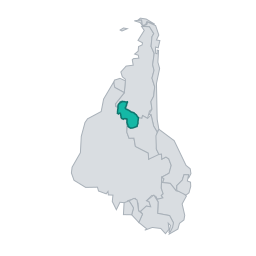 Paraguay highlighted on a map of South America, rotated 176°
{"feature_id": "PRY", "entity_name": "Paraguay", "entity_type": "country or territory", "adm_level": 0, "iso_a3": "PRY", "parent_name": "South America", "parent_adm1": "", "projection": "equal_earth", "projection_center": [-57.583, -23.42], "detail": "fine", "context": "in_parent", "style": "filled", "palette": "teal", "viewbox_px": 256, "rotation_deg": 176, "n_neighbors": 12, "source": "natural_earth", "source_scale": "50m", "svg_char_len": 6609}
<svg xmlns="http://www.w3.org/2000/svg" viewBox="0 0 256 256"><g transform="rotate(176 128 128)"><path d="M106.5,229.2L108.5,232.3L114.2,234.5L106.9,234.9L106.5,229.2ZM129.2,163.5L127.2,176.8L130.1,179.5L131.2,184.4L125.5,189.9L118.4,190.3L119.0,195.8L117.7,196.8L112.3,196.9L112.7,199.9L116.2,201.3L112.5,204.0L111.8,208.5L108.1,209.9L107.6,212.0L111.9,214.7L105.0,224.2L107.4,228.4L99.5,227.6L95.7,220.4L97.7,217.4L99.3,207.8L96.7,200.4L99.0,189.4L98.0,183.7L100.6,176.1L98.5,167.2L100.2,157.9L103.3,152.8L102.8,145.1L105.4,143.4L107.8,136.2L112.6,139.4L113.5,136.7L116.3,136.9L121.3,143.0L128.8,147.2L126.8,153.6L133.9,154.4L137.7,148.4L138.9,152.9L129.2,163.5Z" fill="#d9dde1" stroke="#a8b0b8" stroke-width="1"/><path d="M106.5,229.2L106.9,234.9L110.3,235.0L108.0,236.7L102.2,235.4L94.1,229.7L101.7,232.9L103.2,230.0L106.5,229.2ZM99.2,122.0L102.3,128.1L104.1,139.6L106.1,140.0L102.8,145.1L103.3,152.8L100.2,157.9L98.5,167.2L100.6,176.1L98.0,183.7L99.0,189.4L96.7,200.4L99.3,207.8L97.7,217.4L95.7,220.4L99.5,227.6L106.5,228.3L102.0,229.9L101.0,232.3L93.3,228.2L90.8,218.6L93.5,213.8L90.1,213.0L92.3,205.8L94.8,206.8L95.5,200.8L93.9,200.0L93.5,203.7L92.1,203.3L93.6,191.6L92.3,185.2L96.5,170.5L98.3,134.7L97.3,124.6L99.2,122.0Z" fill="#d9dde1" stroke="#a8b0b8" stroke-width="1"/><path d="M121.8,227.1L127.3,225.2L129.0,226.3L125.5,228.1L121.8,227.1Z" fill="#d9dde1" stroke="#a8b0b8" stroke-width="1"/><path d="M129.2,163.5L138.3,169.3L139.7,171.5L138.2,176.7L132.5,178.1L127.3,175.2L129.2,163.5Z" fill="#d9dde1" stroke="#a8b0b8" stroke-width="1"/><path d="M139.2,174.7L138.3,169.3L129.2,163.5L138.9,152.9L138.9,150.3L136.5,149.1L137.4,143.4L134.7,143.2L133.7,137.9L128.4,137.0L129.5,124.0L127.7,117.7L122.8,117.5L121.9,109.1L109.5,101.6L109.6,95.4L102.2,99.7L96.4,99.7L96.5,94.5L92.2,96.4L89.5,94.4L87.5,87.7L90.2,80.0L97.8,76.6L99.0,65.7L97.5,59.9L99.5,58.4L98.0,55.9L103.8,54.8L105.0,57.9L108.9,59.1L114.5,54.2L112.2,53.2L110.8,47.8L115.2,48.8L121.3,43.9L123.2,44.5L123.2,52.3L125.6,57.3L133.4,55.5L133.4,53.1L141.2,54.5L145.3,47.3L148.8,55.8L147.7,62.1L152.3,62.6L152.4,66.1L154.3,63.8L161.8,67.2L162.6,71.1L174.4,71.7L185.5,79.6L187.6,87.1L186.5,92.8L177.2,106.7L175.2,122.9L170.5,136.5L167.7,140.0L153.6,146.3L150.3,158.6L139.2,174.7Z" fill="#d9dde1" stroke="#a8b0b8" stroke-width="1"/><path d="M99.0,99.5L109.6,95.4L109.5,101.6L121.9,109.1L122.8,117.5L127.7,117.7L129.5,124.0L128.6,130.0L125.5,127.9L118.8,128.9L116.7,137.6L113.5,136.7L112.6,139.4L107.8,136.2L104.1,139.6L102.3,128.1L99.2,122.0L101.2,105.0L99.0,99.5Z" fill="#d9dde1" stroke="#a8b0b8" stroke-width="1"/><path d="M97.8,76.6L90.2,80.0L87.5,87.7L89.5,94.4L92.2,96.4L96.5,94.5L96.4,99.7L99.0,99.5L101.2,105.0L100.7,118.3L97.3,124.6L82.8,112.1L72.7,86.6L68.8,83.0L68.4,78.1L71.2,73.5L70.8,77.1L75.4,77.5L77.5,72.2L83.3,67.2L84.4,62.0L89.7,69.8L97.4,71.2L95.8,74.7L97.8,76.6Z" fill="#d9dde1" stroke="#a8b0b8" stroke-width="1"/><path d="M105.5,57.5L103.8,54.8L98.0,55.9L99.5,58.4L97.5,59.9L99.0,65.7L97.8,76.6L95.8,74.7L97.4,71.2L89.7,69.8L84.4,62.0L78.5,60.4L74.5,56.0L79.3,48.5L77.5,36.9L78.6,32.4L83.3,29.3L85.3,23.7L94.3,19.3L89.3,30.3L92.6,37.7L104.4,40.8L103.1,52.1L105.5,57.5Z" fill="#d9dde1" stroke="#a8b0b8" stroke-width="1"/><path d="M121.3,43.9L115.2,48.8L110.8,47.8L112.2,53.2L114.5,54.2L106.9,59.3L103.1,52.1L104.4,40.8L92.6,37.7L89.3,30.3L90.4,25.8L92.8,21.9L94.4,21.3L92.4,27.8L94.5,30.3L94.2,24.1L98.0,20.0L102.3,25.5L110.7,27.1L118.4,24.9L116.2,25.9L123.8,33.0L119.5,41.2L121.3,43.9Z" fill="#d9dde1" stroke="#a8b0b8" stroke-width="1"/><path d="M132.0,55.2L126.9,57.4L124.0,55.6L123.2,44.5L119.5,41.2L123.8,33.0L130.4,41.2L128.1,47.8L132.0,55.2Z" fill="#d9dde1" stroke="#a8b0b8" stroke-width="1"/><path d="M137.1,53.8L132.0,55.2L129.3,50.3L128.1,47.8L130.4,41.2L138.6,41.9L137.1,53.8Z" fill="#d9dde1" stroke="#a8b0b8" stroke-width="1"/><path d="M83.7,62.3L83.3,67.2L77.5,72.2L75.4,77.5L70.8,77.1L72.5,71.0L69.4,69.6L69.5,65.4L71.7,59.1L74.8,57.0L83.7,62.3Z" fill="#d9dde1" stroke="#a8b0b8" stroke-width="1"/><path d="M127.9,130.6L127.9,130.9L128.0,131.1L128.1,131.4L128.2,131.5L128.3,131.6L128.3,131.8L128.3,132.1L128.3,132.3L128.5,132.4L128.5,132.6L128.5,132.8L128.5,133.0L128.7,133.4L128.7,133.9L128.6,134.1L128.6,134.3L128.6,134.6L128.5,134.8L128.4,135.1L128.5,135.4L128.5,135.6L128.5,135.9L128.4,136.1L128.4,136.3L128.4,136.5L128.3,136.8L128.4,137.1L128.6,137.2L128.9,137.1L129.0,137.1L129.3,137.4L129.6,137.4L129.8,137.4L129.9,137.5L130.2,137.4L130.4,137.5L130.7,137.6L130.9,137.6L131.1,137.6L131.3,137.6L131.5,137.5L131.8,137.4L131.9,137.2L132.1,137.0L132.3,137.1L132.4,137.3L132.5,137.5L132.8,137.7L133.1,137.7L133.5,137.8L133.8,138.1L133.8,138.4L134.0,138.7L134.1,138.8L134.2,139.0L134.1,139.4L134.1,139.7L134.1,139.9L134.1,140.1L134.2,140.4L134.3,140.6L134.3,140.9L134.3,141.1L134.4,141.4L134.4,141.6L134.3,141.8L134.3,142.0L134.5,142.3L134.6,142.7L134.6,142.9L134.6,143.2L134.8,143.3L135.0,143.4L135.5,143.3L135.8,143.2L136.1,143.0L136.3,142.9L136.5,142.8L136.6,142.7L136.8,142.9L137.0,143.0L137.2,143.3L137.5,143.5L137.3,143.8L137.3,144.0L137.4,144.4L137.3,145.1L137.1,146.2L137.0,146.9L137.0,147.0L136.9,147.4L136.6,148.1L136.6,148.5L136.5,149.9L136.4,150.9L136.2,151.6L136.0,152.0L135.9,152.1L135.7,152.4L135.6,152.5L135.4,152.7L135.3,152.8L135.1,153.0L134.7,153.1L134.5,153.4L134.4,153.5L134.2,153.6L134.1,153.8L134.1,154.1L134.0,154.3L133.8,154.5L133.7,154.5L133.5,154.3L133.3,154.2L133.0,154.2L132.8,154.2L132.6,154.3L132.4,154.6L132.3,154.9L132.1,155.0L131.9,154.7L131.7,154.7L131.4,154.8L131.2,154.7L130.8,154.6L130.5,154.7L129.8,154.6L128.8,154.2L127.9,154.0L126.8,154.2L126.7,153.8L126.8,153.6L127.0,153.4L127.1,153.1L127.2,152.9L127.4,152.8L127.5,152.7L127.6,152.4L127.7,152.1L127.8,152.0L127.8,151.8L127.8,151.5L127.8,151.1L127.9,150.9L128.0,150.7L128.1,150.4L128.4,150.1L128.6,149.9L128.6,149.6L128.8,149.2L128.9,148.9L129.0,148.8L129.2,148.6L129.3,148.4L129.4,148.2L129.2,147.7L128.7,147.1L128.4,146.8L128.0,146.6L127.7,146.5L127.4,146.5L127.3,146.3L127.0,146.1L126.5,145.9L125.4,145.2L124.9,144.8L124.8,144.6L124.3,144.2L123.6,143.7L123.1,143.4L122.7,143.4L122.1,143.2L121.3,142.9L120.8,142.6L120.7,142.2L120.4,141.9L119.9,141.6L119.7,141.4L119.6,141.2L119.2,140.9L118.9,140.7L118.6,140.3L118.3,139.6L117.9,138.8L117.5,138.2L117.1,137.9L116.9,137.7L116.8,137.4L117.0,136.7L117.2,135.8L117.4,134.8L117.7,133.6L117.7,132.8L117.7,132.0L118.0,131.3L118.3,130.8L118.5,130.3L118.8,129.5L118.9,128.9L119.5,128.8L120.6,128.5L121.1,128.3L122.2,128.0L123.3,127.7L124.4,127.7L125.6,127.7L126.4,128.4L127.1,128.9L127.8,129.5L127.9,130.1L127.9,130.6Z" fill="#14b8a6" stroke="#0f766e" stroke-width="1.5"/></g></svg>